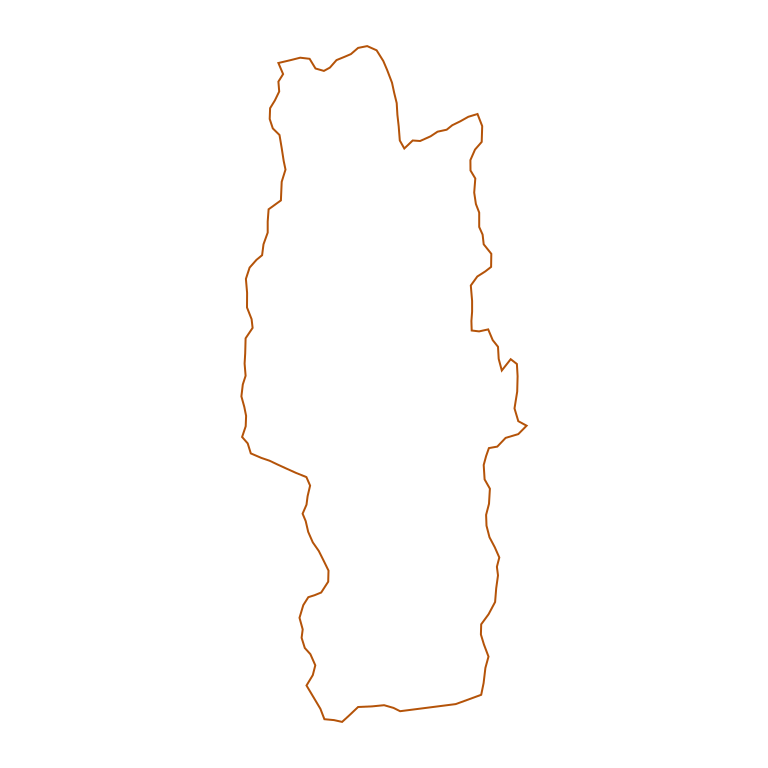 outline of Pomerode, Santa Catarina, Brazil
{"feature_id": "56859067B15210234936613", "entity_name": "Pomerode", "entity_type": "district", "adm_level": 2, "iso_a3": "BRA", "parent_name": "Brazil", "parent_adm1": "Santa Catarina", "projection": "equal_earth", "projection_center": [-49.174, -26.727], "detail": "fine", "context": "isolated", "style": "outline", "palette": "amber", "viewbox_px": 768, "rotation_deg": 0, "n_neighbors": 0, "source": "geoboundaries", "source_scale": "gbopen_adm2", "svg_char_len": 2135}
<svg xmlns="http://www.w3.org/2000/svg" viewBox="0 0 768 768"><path d="M324.4,719.2L334.0,720.1L342.1,721.9L348.7,715.9L358.1,707.0L371.9,706.4L384.1,705.2L393.5,707.9L400.1,711.2L455.7,704.1L481.2,694.8L483.6,683.1L485.4,667.9L488.5,656.6L483.9,644.4L480.9,634.5L481.2,624.3L488.6,614.2L495.1,602.0L496.2,588.3L498.0,575.4L496.9,566.8L499.3,557.5L494.8,547.3L489.5,537.3L486.5,525.7L486.1,514.9L489.0,503.8L489.9,488.7L484.6,479.4L483.7,465.0L486.1,456.1L488.9,448.1L497.3,446.6L505.6,437.9L518.3,434.1L526.6,425.7L518.3,421.2L514.5,408.4L517.2,391.6L517.6,376.2L516.9,364.0L510.7,359.2L501.8,370.5L498.7,358.9L498.0,346.8L492.7,340.1L488.2,329.4L479.1,331.4L471.7,330.5L471.4,321.0L472.1,311.7L472.1,300.9L470.8,285.5L477.3,276.5L485.3,271.4L491.1,266.9L491.3,253.8L483.7,244.3L482.6,234.6L479.2,227.0L479.2,212.6L475.9,204.0L474.2,192.6L475.3,178.5L470.5,170.5L470.4,160.1L475.0,149.6L481.7,141.9L482.2,126.1L477.5,114.0L468.3,116.8L460.3,121.3L452.3,125.2L446.7,129.7L437.5,131.7L430.6,136.3L420.1,141.0L412.7,140.5L404.3,148.5L399.8,140.5L398.7,126.4L397.4,114.8L396.7,103.1L394.2,92.9L392.0,82.7L387.1,69.9L383.3,61.0L376.6,50.3L367.2,46.1L358.1,47.9L350.9,54.1L344.6,56.8L336.5,60.1L329.9,67.6L323.9,70.9L315.5,68.5L309.6,58.8L300.2,57.7L290.7,60.1L278.4,63.0L283.1,74.1L278.4,81.6L279.2,91.5L274.9,100.4L270.1,108.2L269.7,119.0L272.8,128.4L279.5,135.0L281.7,148.1L283.7,161.0L285.5,169.6L281.7,181.8L280.9,200.4L268.6,209.3L267.7,221.5L267.7,232.6L263.5,244.3L262.1,255.2L256.5,259.8L249.6,267.6L245.9,278.9L247.1,292.9L247.0,307.5L251.6,319.2L252.6,327.9L245.6,338.3L245.2,353.4L244.6,363.6L245.6,375.8L242.8,384.5L241.4,396.4L244.3,406.9L246.1,415.9L245.7,426.3L242.1,437.0L247.7,443.4L250.8,453.4L261.3,457.9L269.5,460.7L277.5,464.5L285.8,468.3L296.0,472.9L306.4,477.1L310.1,485.6L307.6,496.2L306.5,504.7L302.6,513.7L305.7,521.1L308.2,531.9L312.8,542.4L318.8,551.0L324.0,561.4L328.5,570.6L328.2,581.7L321.2,592.5L314.6,595.2L308.3,597.2L303.3,605.1L299.5,617.8L302.7,629.4L301.6,637.8L304.8,648.0L310.4,654.2L315.3,665.3L312.8,675.1L306.5,685.5L320.4,708.8L324.4,719.2Z" fill="none" stroke="#b45309" stroke-width="2"/></svg>